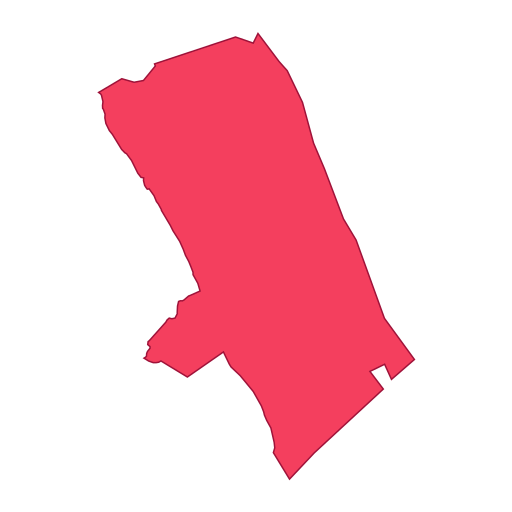 the district of Giles, Virginia, United States of America, rotated 271°
{"feature_id": "52423323B66517742770960", "entity_name": "Giles", "entity_type": "district", "adm_level": 2, "iso_a3": "USA", "parent_name": "United States of America", "parent_adm1": "Virginia", "projection": "albers", "projection_center": [-80.724, 37.315], "detail": "fine", "context": "isolated", "style": "filled", "palette": "rose", "viewbox_px": 512, "rotation_deg": 271, "n_neighbors": 0, "source": "geoboundaries", "source_scale": "gbopen_adm2", "svg_char_len": 1467}
<svg xmlns="http://www.w3.org/2000/svg" viewBox="0 0 512 512"><g transform="rotate(271 256 256)"><path d="M446.3,151.2L444.2,152.0L429.5,140.4L427.6,131.1L430.9,118.7L416.8,95.8L415.3,97.9L414.0,98.7L407.6,100.3L403.9,99.9L400.9,100.1L400.1,100.8L395.2,102.6L391.4,102.5L385.9,103.6L378.8,107.2L375.1,110.3L360.2,119.8L356.9,123.1L356.0,124.8L349.3,129.9L336.7,136.4L332.6,139.7L332.2,142.3L329.4,142.2L324.8,143.4L323.3,144.3L321.0,146.0L320.9,146.8L321.4,147.9L314.5,153.0L308.7,155.5L306.3,157.4L300.7,160.6L300.0,160.6L285.1,169.8L279.7,172.6L269.4,179.4L261.6,183.1L255.4,185.5L249.3,188.9L244.4,191.0L238.7,193.3L236.2,193.4L227.7,198.3L220.0,200.7L215.0,189.9L214.9,189.4L210.7,184.7L209.9,183.2L209.9,181.1L209.2,179.4L204.6,178.4L198.1,178.2L196.9,178.3L192.5,176.1L191.8,172.9L192.4,170.3L190.5,168.2L188.3,167.0L169.5,150.8L168.5,149.6L165.5,149.3L163.6,151.6L162.0,151.7L158.7,149.2L156.7,148.4L153.8,148.2L152.8,147.2L152.7,147.0L151.9,145.8L149.1,150.5L147.6,155.0L147.6,157.9L148.1,160.6L149.4,162.8L133.8,189.5L159.5,225.1L147.4,231.2L144.6,233.0L136.1,242.3L120.5,255.6L106.2,264.0L100.3,266.4L97.1,267.2L91.8,269.6L84.3,273.9L70.1,277.4L64.5,278.1L59.7,276.8L33.5,293.4L60.2,317.7L125.2,385.6L142.6,371.9L150.0,386.5L135.0,393.6L155.3,416.2L195.9,385.5L273.7,355.8L294.6,342.8L344.4,322.9L369.8,311.6L410.4,299.8L441.8,284.0L450.8,275.7L478.5,254.1L468.8,249.5L474.6,231.7L446.3,151.2Z" fill="#f43f5e" stroke="#9f1239" stroke-width="1.5"/></g></svg>